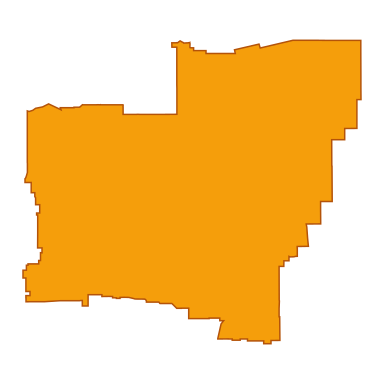 Bruce Rock, Western Australia, Australia (Mercator projection)
{"feature_id": "25037944B90464299025642", "entity_name": "Bruce Rock", "entity_type": "district", "adm_level": 2, "iso_a3": "AUS", "parent_name": "Australia", "parent_adm1": "Western Australia", "projection": "mercator", "projection_center": [117.956, -31.966], "detail": "fine", "context": "isolated", "style": "filled", "palette": "amber", "viewbox_px": 384, "rotation_deg": 0, "n_neighbors": 0, "source": "geoboundaries", "source_scale": "gbopen_adm2", "svg_char_len": 5121}
<svg xmlns="http://www.w3.org/2000/svg" viewBox="0 0 384 384"><path d="M27.3,110.9L27.3,111.8L27.3,114.3L27.3,116.1L27.3,120.2L27.3,123.4L27.3,124.9L27.3,127.0L27.3,131.0L27.3,132.1L27.3,136.9L27.3,138.7L27.3,145.5L27.3,150.1L27.3,150.9L27.3,151.9L27.3,153.3L27.3,155.1L27.3,156.3L27.3,159.4L27.3,162.5L27.4,163.5L27.4,168.5L27.4,170.1L27.4,170.6L27.4,171.3L27.4,171.8L27.4,172.0L27.4,172.3L27.4,172.6L27.3,172.8L27.2,173.1L27.0,173.9L26.4,175.9L25.9,177.3L25.8,177.7L25.8,177.8L25.7,177.9L25.6,178.0L25.3,178.4L25.0,178.7L25.0,182.4L25.0,182.5L26.1,182.5L29.4,182.5L31.2,182.5L31.2,183.7L31.2,185.1L31.2,185.3L31.2,186.0L31.2,186.3L31.2,186.5L31.2,186.8L31.2,187.3L31.2,192.7L34.7,192.7L34.8,192.7L34.8,193.1L34.8,195.4L34.8,196.5L34.9,196.9L35.0,197.0L35.3,197.2L35.4,197.3L35.5,197.5L35.6,198.8L35.6,199.9L35.6,200.6L35.6,201.6L35.6,202.7L35.6,204.7L39.7,204.7L39.7,212.9L39.7,213.0L36.6,213.0L36.6,215.0L37.7,215.0L37.7,232.1L37.6,247.9L42.0,247.9L42.0,252.8L40.5,252.7L40.5,260.5L38.7,260.5L38.7,263.9L35.4,263.9L28.0,263.9L28.0,265.2L26.4,265.2L26.4,270.2L23.0,270.2L23.0,278.0L25.9,278.0L25.9,284.6L25.9,287.4L25.9,291.5L28.5,291.5L30.0,291.5L30.0,295.6L25.9,295.6L25.9,297.6L26.0,297.6L26.0,301.8L31.2,301.7L42.7,301.7L44.6,301.7L60.2,300.7L79.2,300.7L79.7,300.7L80.7,300.5L82.3,300.5L82.3,302.5L82.3,306.0L88.1,306.0L88.1,294.7L101.9,294.7L101.9,296.5L108.9,296.4L112.6,296.5L112.6,297.8L116.4,297.8L116.4,298.4L120.0,298.4L120.0,297.4L124.3,297.3L128.8,297.4L132.6,298.3L133.3,298.5L133.8,298.6L134.1,298.7L134.5,298.8L135.0,299.0L144.1,299.1L144.4,299.1L144.6,299.2L144.9,299.2L145.1,299.3L145.4,299.5L145.5,299.6L145.8,299.9L145.9,300.1L146.2,300.4L146.2,300.5L146.3,300.6L146.3,300.8L146.3,301.0L146.4,301.3L146.4,301.6L146.4,302.1L158.6,302.1L158.8,302.1L159.0,302.2L159.1,302.3L159.2,302.5L159.3,302.6L159.4,302.8L159.5,303.0L159.7,303.3L159.8,303.4L160.0,303.5L171.6,303.5L171.8,303.5L172.1,303.7L172.9,304.5L175.3,306.9L176.7,308.3L181.3,308.3L181.3,308.2L188.7,308.2L188.7,318.6L209.1,318.6L209.1,318.1L219.8,318.1L219.8,320.7L223.6,320.7L221.1,323.9L217.8,338.5L217.8,339.0L228.3,338.9L228.3,339.0L232.2,339.0L232.2,340.2L240.2,340.2L240.2,339.0L247.5,339.0L247.5,340.9L249.0,340.9L263.7,340.9L263.7,343.7L271.0,343.7L271.0,340.5L279.9,340.4L279.7,316.8L279.1,316.8L279.1,310.6L279.1,308.2L279.4,300.8L279.2,300.2L279.1,266.4L283.8,266.4L283.8,266.2L283.9,260.8L289.0,260.8L289.0,256.4L290.0,256.9L293.9,256.8L295.4,256.4L297.3,256.3L297.3,252.9L297.3,248.3L297.2,248.2L297.2,246.5L308.4,246.3L307.6,238.3L306.8,227.1L306.2,224.0L320.7,223.9L320.7,223.4L320.6,209.9L320.6,208.0L320.6,206.7L320.6,203.4L320.6,203.2L320.6,202.9L320.6,201.5L322.8,201.5L323.3,201.5L324.9,201.5L325.8,201.5L326.8,201.5L330.6,201.5L332.2,201.5L332.0,166.1L331.8,166.0L331.7,139.8L331.7,139.7L331.8,139.7L333.9,139.7L336.1,139.7L338.0,139.7L343.7,139.7L344.7,139.7L344.7,128.5L356.9,128.4L356.9,125.3L356.9,122.3L356.9,117.6L356.9,111.0L356.9,110.0L356.9,107.9L356.9,105.0L356.9,101.5L356.9,99.6L358.5,99.6L361.0,99.6L360.9,87.9L360.9,76.3L360.8,52.3L360.8,40.4L343.4,40.4L326.1,40.4L317.5,40.3L292.9,40.3L260.2,48.0L259.0,44.1L234.5,49.8L235.3,53.5L233.4,53.5L230.3,53.5L224.8,53.5L219.2,53.5L212.5,53.5L209.6,53.5L206.0,53.5L206.0,50.6L193.6,50.6L193.6,47.8L191.5,47.8L190.1,47.7L189.9,47.3L189.9,47.1L189.9,46.8L190.0,44.0L190.0,43.8L190.0,43.6L189.9,43.2L189.8,42.6L189.7,42.7L189.2,42.7L188.9,42.8L188.5,42.7L188.4,42.7L188.3,42.8L188.2,42.8L187.6,42.9L187.4,42.9L187.0,42.9L186.9,42.9L186.6,42.9L186.3,42.9L186.1,43.0L185.8,42.9L185.4,43.0L185.1,43.0L184.7,43.0L184.4,43.0L184.2,43.1L183.9,43.1L183.7,43.1L183.4,42.8L183.4,42.7L183.2,42.6L182.8,42.3L182.5,42.2L182.3,42.1L182.1,42.0L181.9,41.9L181.7,41.8L181.6,41.7L181.3,41.6L181.2,41.5L181.0,41.4L180.9,41.3L180.6,41.2L180.4,41.1L180.2,41.0L180.1,40.9L179.6,41.2L179.5,41.3L179.4,41.4L179.2,41.6L178.8,41.8L178.7,41.9L178.3,42.2L178.2,42.3L177.8,42.6L177.7,42.7L177.4,42.8L177.2,42.8L177.0,42.7L176.5,42.7L176.4,42.8L176.2,42.8L171.8,42.8L171.9,47.2L176.8,47.2L176.8,56.3L176.8,79.4L176.8,79.5L176.8,80.0L176.8,81.0L176.8,83.1L176.8,84.7L176.9,88.5L176.9,89.6L176.9,91.1L176.9,93.7L176.9,95.2L176.9,95.6L176.9,99.7L176.9,100.8L176.9,103.7L176.9,104.5L176.9,107.7L176.9,111.3L176.9,114.3L162.9,114.4L162.6,114.4L158.7,114.4L158.3,114.4L157.0,114.4L155.6,114.4L153.7,114.4L149.5,114.4L145.7,114.4L145.0,114.4L143.5,114.4L142.6,114.4L142.4,114.4L141.3,114.4L139.8,114.4L137.9,114.3L136.2,114.4L134.9,114.4L132.9,114.4L130.6,114.4L127.1,114.4L126.5,114.4L124.7,114.4L123.1,114.4L123.1,114.2L123.1,112.5L123.1,109.9L123.1,109.4L123.1,108.4L123.1,107.5L123.1,106.9L123.1,106.7L123.0,106.4L123.0,106.2L123.1,105.9L123.1,104.9L122.9,104.8L100.3,104.8L100.3,104.7L99.6,104.8L98.0,104.7L96.2,104.8L91.3,104.8L89.6,104.8L85.0,104.8L83.5,104.8L82.8,104.8L82.5,104.7L82.4,104.8L82.2,104.9L81.8,105.3L81.4,105.7L80.9,106.1L80.6,106.3L80.4,106.5L80.1,106.7L80.0,106.8L79.9,106.9L79.8,107.0L79.7,107.2L74.0,107.2L74.0,107.7L60.3,107.7L61.0,109.8L59.4,109.0L48.6,103.9L42.6,106.9L35.6,108.3L32.8,110.3L29.1,111.5L27.3,110.9Z" fill="#f59e0b" stroke="#b45309" stroke-width="1.5"/></svg>